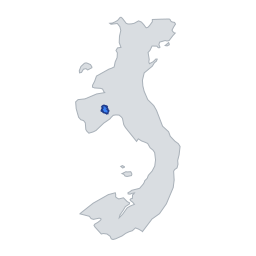 location of Pesé, Herrera, Panama, rotated 88°
{"feature_id": "35544464B3990390948119", "entity_name": "Pesé", "entity_type": "district", "adm_level": 2, "iso_a3": "PAN", "parent_name": "Panama", "parent_adm1": "Herrera", "projection": "robinson", "projection_center": [-80.628, 7.893], "detail": "fine", "context": "in_parent", "style": "filled", "palette": "blue", "viewbox_px": 256, "rotation_deg": 88, "n_neighbors": 0, "source": "geoboundaries", "source_scale": "gbopen_adm2", "svg_char_len": 4554}
<svg xmlns="http://www.w3.org/2000/svg" viewBox="0 0 256 256"><g transform="rotate(88 128 128)"><path d="M232.1,117.2L231.4,117.8L229.3,121.2L228.1,124.1L230.8,127.2L231.7,130.5L233.2,134.0L235.6,137.6L238.3,144.2L238.9,146.9L238.2,148.6L235.6,149.6L233.2,152.7L232.6,156.5L233.0,158.4L225.9,164.4L224.1,165.4L222.9,164.5L221.3,161.5L219.5,159.0L218.5,158.2L218.0,158.1L217.4,158.7L217.1,160.0L218.1,165.7L217.3,168.0L214.9,169.7L212.1,179.0L211.0,177.8L201.9,165.4L193.9,150.0L192.3,143.0L194.3,142.6L196.3,142.8L197.4,141.7L198.6,139.7L197.6,135.0L201.5,131.4L202.9,129.0L204.0,129.3L206.5,133.4L210.1,135.7L214.6,139.1L217.4,139.9L213.9,136.3L207.8,131.6L206.1,128.5L204.5,124.2L202.1,126.1L201.0,127.6L199.8,128.5L198.7,127.5L198.6,126.1L195.0,125.8L194.1,124.5L193.1,123.8L193.5,126.5L194.2,128.2L193.9,130.2L192.7,130.3L191.7,128.2L190.4,126.4L188.7,118.5L184.7,114.8L182.8,113.6L181.3,113.1L179.0,110.6L176.0,109.3L171.9,105.4L167.0,102.6L160.9,101.6L153.5,102.2L151.0,103.8L149.3,105.7L148.5,106.6L144.1,108.9L142.5,112.2L141.4,114.9L139.2,118.1L141.7,119.9L127.4,130.6L124.6,132.1L118.2,133.2L116.7,134.3L114.8,136.4L114.5,139.6L114.8,142.3L116.7,144.4L118.3,145.8L122.3,152.1L129.4,160.1L130.7,163.0L131.8,167.3L129.7,169.3L128.0,170.2L121.3,170.5L119.0,172.2L118.1,174.9L115.5,177.0L106.9,179.1L100.1,179.4L97.9,176.9L97.4,170.0L92.9,158.2L91.8,150.0L90.6,151.0L88.2,152.0L87.4,154.0L86.8,160.0L85.9,162.1L84.0,161.9L80.1,159.7L75.0,157.7L68.5,145.0L67.8,142.6L66.5,139.7L61.5,138.5L57.2,136.4L52.5,136.0L50.1,137.3L47.6,135.7L47.2,132.2L42.3,133.8L36.0,133.3L30.3,131.8L26.4,132.6L23.2,135.0L23.7,141.4L22.7,142.6L22.6,140.0L21.4,137.0L20.1,134.6L17.2,132.0L17.1,131.1L18.2,129.8L23.4,126.1L24.0,124.5L24.1,121.3L23.6,118.2L21.3,113.7L22.6,110.9L25.3,108.6L28.0,106.8L28.5,106.1L28.0,104.5L26.4,102.9L22.7,100.0L20.4,99.9L20.4,91.7L20.5,83.1L21.0,82.2L22.4,81.7L23.5,80.4L24.1,77.8L25.8,76.9L28.7,78.9L31.7,80.6L33.0,80.0L33.9,79.2L34.6,78.3L34.8,77.5L37.2,79.9L42.1,83.9L42.4,86.0L41.9,87.9L43.3,93.4L45.8,94.2L48.4,93.2L49.0,94.2L48.6,95.2L47.2,96.3L46.9,101.1L51.1,103.3L53.2,105.3L60.2,104.4L62.8,104.9L64.5,104.3L62.6,100.5L60.0,97.7L60.2,96.4L62.2,97.3L63.7,99.3L67.1,101.6L73.5,109.9L80.7,111.9L86.5,111.7L91.8,110.6L100.3,107.3L106.5,101.5L111.4,98.9L127.4,93.4L133.1,87.6L135.4,86.8L137.7,86.1L142.7,81.7L145.4,78.3L148.3,76.6L156.7,77.9L162.2,79.5L166.0,79.3L169.6,80.4L171.2,82.9L172.8,83.9L181.7,83.7L189.1,84.9L205.1,92.3L214.7,99.5L219.8,107.2L232.1,117.2ZM71.2,174.5L69.1,174.7L64.9,172.9L61.8,169.3L61.5,168.1L61.6,166.9L63.3,163.3L65.6,162.0L66.5,162.0L68.6,166.3L67.2,167.9L67.7,170.5L70.8,172.5L71.2,174.5ZM174.1,133.8L173.4,135.6L171.6,131.6L171.9,130.5L171.8,126.8L173.5,125.9L174.7,125.8L175.7,126.3L176.4,130.6L175.9,132.6L174.1,133.8ZM47.3,86.0L46.9,88.0L44.0,84.4L45.7,83.8L46.3,83.9L47.3,86.0ZM167.8,134.7L166.1,136.6L165.4,134.8L166.6,132.9L167.0,132.9L167.8,134.7Z" fill="#d9dde1" stroke="#a8b0b8" stroke-width="1"/><path d="M112.9,147.7L111.2,147.3L110.3,146.6L110.2,146.6L109.9,146.7L109.9,146.8L109.7,146.9L109.6,147.0L109.5,147.3L109.4,147.3L109.3,147.5L109.2,147.7L109.1,147.8L109.1,147.7L108.9,147.6L108.7,147.6L108.4,147.5L108.1,147.7L108.0,147.8L107.9,147.8L107.7,147.8L107.5,148.0L107.4,148.0L107.2,148.0L106.9,148.2L106.7,148.4L106.7,148.5L106.5,148.4L106.3,148.4L106.2,148.3L106.1,148.2L105.9,148.1L105.8,148.3L105.7,148.4L105.6,148.5L105.4,148.5L105.3,148.8L105.3,149.0L105.2,149.1L105.1,149.3L105.1,149.5L105.0,149.8L105.0,150.1L104.9,150.2L104.9,150.3L105.0,150.3L104.9,150.4L104.9,150.5L104.7,150.9L104.5,151.1L104.6,151.3L104.6,151.5L104.6,151.8L104.8,151.9L104.8,152.0L104.9,152.3L105.0,152.3L105.0,152.5L105.1,152.8L105.9,153.4L106.0,153.2L106.3,153.1L106.5,153.0L106.6,152.9L106.8,152.9L106.9,152.7L107.0,152.7L107.0,152.8L107.0,152.7L107.3,152.6L107.4,152.4L107.4,152.6L107.6,152.8L107.6,152.7L107.7,152.8L107.8,153.1L108.0,153.2L108.1,153.3L108.3,153.3L108.5,153.3L108.8,153.4L108.9,153.5L109.0,153.5L109.2,153.8L109.3,153.9L109.5,154.0L109.8,154.0L110.0,154.1L110.2,153.9L110.1,153.7L109.9,153.6L109.7,153.6L109.8,153.5L109.7,153.4L109.6,153.2L109.8,153.2L110.0,152.9L110.0,152.7L110.3,152.6L110.5,152.7L110.6,152.4L110.8,152.4L111.0,152.3L111.0,152.2L111.3,152.0L111.5,152.2L111.7,151.9L111.7,151.7L111.8,151.6L111.9,151.4L111.9,151.2L112.0,151.0L112.0,150.9L112.0,150.7L112.1,150.2L112.3,150.1L112.4,149.9L112.3,149.5L112.5,149.4L112.7,149.2L112.8,149.1L113.0,149.0L113.1,148.9L113.0,148.7L112.9,148.5L112.8,148.4L112.9,147.7Z" fill="#3b82f6" stroke="#1e3a8a" stroke-width="1.5"/></g></svg>